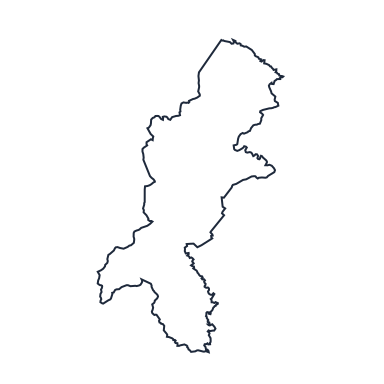 the district of Goiatuba, Goiás, Brazil, rotated 281°
{"feature_id": "56859067B21537019746622", "entity_name": "Goiatuba", "entity_type": "district", "adm_level": 2, "iso_a3": "BRA", "parent_name": "Brazil", "parent_adm1": "Goiás", "projection": "robinson", "projection_center": [-49.724, -17.991], "detail": "fine", "context": "isolated", "style": "outline", "palette": "slate", "viewbox_px": 384, "rotation_deg": 281, "n_neighbors": 0, "source": "geoboundaries", "source_scale": "gbopen_adm2", "svg_char_len": 5993}
<svg xmlns="http://www.w3.org/2000/svg" viewBox="0 0 384 384"><g transform="rotate(281 192 192)"><path d="M229.3,269.3L231.0,267.9L233.0,265.3L233.5,262.8L232.6,261.0L232.3,259.0L235.3,259.9L236.2,259.7L237.2,258.8L239.6,254.7L240.4,254.1L240.7,252.8L238.9,252.3L237.9,252.4L237.0,251.9L237.0,250.6L237.8,249.7L240.0,250.0L241.4,248.6L241.2,247.2L239.7,246.3L238.9,245.3L241.4,243.4L242.1,242.3L242.2,241.1L241.2,238.7L241.4,237.2L243.2,236.3L246.1,237.3L246.8,236.3L246.9,234.5L245.5,234.0L244.3,232.9L242.1,230.4L241.0,228.6L241.5,226.1L242.2,225.2L245.7,224.0L246.9,226.7L247.7,227.3L253.1,227.1L255.4,227.4L258.1,228.7L259.6,230.5L259.2,231.9L261.3,235.2L262.3,235.8L263.0,237.2L266.0,237.8L269.2,239.5L270.1,241.2L270.5,242.8L271.4,244.0L272.0,245.6L275.7,246.3L277.6,245.9L281.2,247.1L282.1,246.1L283.3,243.6L284.4,243.6L286.1,246.0L288.9,252.0L289.3,253.7L290.1,255.5L290.9,256.5L291.3,257.7L293.2,260.3L295.9,259.2L297.1,256.0L298.4,255.5L301.6,255.6L304.0,251.3L305.9,250.4L309.5,247.9L311.0,247.2L312.6,247.7L314.4,249.3L313.3,249.9L313.5,251.5L316.8,251.9L317.8,253.0L319.0,253.8L319.7,257.0L320.7,256.6L321.5,257.7L321.9,258.9L322.8,259.5L323.0,258.2L322.8,257.0L323.0,255.4L324.3,254.9L324.5,253.3L325.4,252.5L325.5,251.2L327.1,251.6L328.5,251.4L327.4,248.8L328.4,247.9L329.2,246.6L330.3,245.7L330.2,244.7L331.3,243.4L332.0,240.6L332.0,238.3L335.2,238.1L335.1,236.8L333.3,235.4L333.6,234.1L335.4,234.4L335.6,232.2L336.9,231.4L337.5,228.5L338.1,227.6L339.5,227.3L342.8,223.6L345.2,217.5L344.6,215.5L345.2,213.5L345.2,211.9L346.5,211.5L347.0,210.3L346.2,208.2L347.3,206.2L348.5,205.9L349.1,203.3L347.6,204.5L345.7,204.3L345.1,202.6L346.4,200.6L346.4,194.8L346.8,193.8L346.4,192.8L346.8,191.8L310.8,176.0L307.1,176.2L302.8,177.5L300.1,177.7L297.4,178.8L296.0,179.0L291.9,178.9L289.3,181.0L288.0,181.3L285.7,179.1L284.1,176.8L283.5,175.3L280.9,171.7L279.8,172.2L278.8,171.6L278.9,170.3L278.4,169.4L278.3,166.5L276.9,164.8L274.5,164.5L270.6,164.7L268.8,165.3L267.8,164.5L265.1,165.6L264.2,164.1L263.6,161.9L261.7,158.2L258.7,156.9L259.1,154.8L260.5,153.5L261.0,152.5L260.9,150.4L260.2,149.0L258.6,149.6L257.3,149.7L257.8,147.7L259.7,145.6L260.2,144.5L260.0,143.2L259.6,141.6L258.2,140.9L257.2,139.3L255.3,138.1L251.5,138.6L249.7,138.6L246.9,137.3L246.1,136.1L241.0,140.4L239.1,143.4L237.1,143.3L235.4,143.5L235.9,141.6L232.2,137.9L230.3,138.2L229.2,139.1L226.3,136.2L224.7,135.2L222.2,135.7L220.0,136.9L216.5,138.0L214.4,138.1L199.6,147.7L198.2,149.6L197.1,151.8L195.8,153.2L195.0,153.6L193.9,152.2L192.0,150.7L190.6,149.2L189.4,147.2L188.6,144.8L185.5,145.1L173.0,147.5L172.0,147.2L170.4,147.5L166.5,147.1L165.0,148.2L162.8,148.4L160.5,151.7L157.5,154.3L156.3,154.3L155.4,156.1L155.8,157.6L155.4,158.8L152.8,157.0L150.3,154.6L147.1,149.0L145.1,147.5L144.4,146.5L143.6,144.9L142.2,143.0L140.6,142.6L137.0,143.2L135.3,144.1L134.1,144.4L131.0,144.6L128.1,142.3L127.4,140.7L125.8,139.3L123.3,135.7L123.3,132.0L123.7,129.4L123.1,127.7L122.1,127.1L119.7,126.5L115.5,123.2L114.3,121.9L110.0,121.7L108.2,122.5L106.3,122.4L103.9,120.7L102.4,120.8L99.8,119.5L97.8,117.6L95.7,114.7L92.8,117.2L89.6,117.3L87.4,116.8L84.2,116.9L83.4,118.4L83.0,119.6L83.1,120.7L82.8,121.6L81.9,121.9L80.3,121.8L78.9,121.3L76.6,122.3L74.5,121.6L71.8,121.8L70.7,122.8L69.5,123.4L68.0,123.0L66.4,123.1L65.6,125.0L65.5,126.1L69.6,130.4L71.0,132.3L72.1,132.8L76.6,133.3L77.8,132.9L78.4,134.3L81.1,135.2L82.0,136.4L82.7,139.0L85.2,141.0L88.0,145.5L88.3,146.8L87.8,149.6L89.1,154.2L89.1,155.6L90.1,157.8L91.1,159.1L93.6,160.1L95.3,160.1L96.6,159.2L94.1,169.1L92.5,170.2L91.2,170.4L88.1,172.6L87.5,173.6L86.6,174.3L85.1,176.8L84.1,178.0L82.9,178.6L80.9,178.1L78.3,176.2L77.3,176.3L76.0,176.0L74.1,174.4L71.1,175.9L68.7,175.8L67.1,175.4L66.1,175.8L65.4,176.3L64.1,178.5L64.6,179.5L64.7,180.6L60.8,184.7L59.2,184.2L57.7,185.0L57.5,186.2L56.8,186.8L56.8,188.6L55.3,190.3L50.8,190.7L48.0,194.2L47.0,195.0L45.1,195.0L45.2,197.1L44.6,200.4L44.0,201.6L43.1,201.9L43.5,203.4L43.0,204.3L41.5,203.8L40.6,204.7L40.8,206.5L39.3,207.0L38.2,207.0L38.5,208.7L39.2,209.7L40.9,213.6L40.3,216.1L39.7,216.9L38.7,216.9L37.9,218.2L36.8,218.6L36.2,220.1L34.9,221.6L36.2,225.6L37.5,227.2L37.8,228.3L37.5,233.5L37.7,234.6L38.4,235.9L37.9,239.0L39.3,238.4L40.2,237.2L40.1,235.8L42.5,234.8L43.7,233.3L45.0,233.5L45.4,235.0L46.4,236.1L45.5,237.1L46.0,238.8L47.3,238.4L48.1,238.8L49.1,238.8L52.1,238.1L54.7,235.8L56.5,236.2L57.4,235.5L58.1,234.1L59.3,234.7L58.9,236.2L59.9,238.8L60.2,240.2L62.3,241.1L64.0,239.7L66.0,237.1L64.4,234.9L64.5,233.7L65.1,232.8L65.5,233.8L66.4,234.3L67.3,233.8L67.4,232.3L68.4,232.0L69.4,232.4L71.0,230.6L72.1,230.4L72.8,229.4L73.8,229.6L76.1,229.2L77.0,229.8L77.0,231.1L75.7,231.8L75.6,233.4L76.8,233.5L77.6,232.8L79.0,234.0L80.2,234.6L82.6,235.0L83.4,235.7L84.3,236.0L84.8,237.0L86.1,237.2L86.8,238.5L87.8,238.6L88.4,236.1L87.3,235.1L87.7,233.6L87.5,232.3L89.6,231.8L90.5,230.9L91.2,231.6L96.1,233.4L96.7,232.3L94.9,231.3L94.7,230.0L95.1,228.5L96.2,227.3L97.5,226.7L99.1,227.4L100.6,227.0L101.3,225.8L100.8,224.9L100.8,223.6L101.4,222.4L102.3,222.4L103.1,222.9L104.4,222.9L105.4,221.5L106.6,221.0L107.7,221.6L108.6,220.5L108.2,218.8L109.0,217.9L110.0,218.8L111.1,218.1L111.1,216.1L112.0,214.8L113.2,213.8L113.9,212.7L114.8,212.3L115.7,211.5L117.2,207.9L118.1,208.5L119.2,208.1L119.3,206.3L119.8,205.1L122.2,207.3L123.1,206.5L123.7,205.5L124.9,205.6L126.1,206.4L127.1,205.1L127.6,203.8L126.8,202.4L127.9,201.6L128.5,200.8L128.7,199.5L130.5,200.6L131.5,200.3L130.5,197.6L132.6,196.2L134.7,196.0L136.0,195.5L138.0,197.5L139.9,196.7L140.9,200.4L141.6,203.4L138.8,207.8L141.6,211.5L150.3,220.7L151.2,219.6L152.6,219.2L153.2,220.6L154.2,220.1L155.9,217.8L156.7,218.0L175.3,227.9L176.8,225.5L178.5,225.8L182.2,227.7L183.4,224.9L192.4,222.1L192.5,224.4L204.0,230.1L205.8,230.3L206.8,230.8L208.4,233.9L213.6,239.8L214.8,242.8L218.6,247.5L219.4,250.0L219.5,251.3L218.4,252.6L217.8,254.0L218.7,254.8L219.6,257.8L220.0,261.3L220.6,262.6L222.4,263.7L227.2,269.0L229.3,269.3Z" fill="none" stroke="#1e293b" stroke-width="2"/></g></svg>